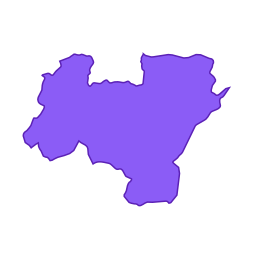 Karlovacka, orthographic projection, rotated 264°
{"feature_id": "HRV-1583", "entity_name": "Karlovacka", "entity_type": "County", "adm_level": 1, "iso_a3": "HRV", "parent_name": "Croatia", "parent_adm1": "", "projection": "orthographic", "projection_center": [15.498, 45.287], "detail": "fine", "context": "isolated", "style": "filled", "palette": "violet", "viewbox_px": 256, "rotation_deg": 264, "n_neighbors": 0, "source": "natural_earth", "source_scale": "10m", "svg_char_len": 3550}
<svg xmlns="http://www.w3.org/2000/svg" viewBox="0 0 256 256"><g transform="rotate(264 128 128)"><path d="M200.1,151.1L198.3,152.9L196.2,158.5L196.1,160.5L196.8,175.7L196.0,179.7L191.8,190.8L191.7,195.6L193.9,203.4L193.2,207.9L188.8,215.9L187.9,218.5L186.3,219.8L185.1,219.9L183.8,219.8L183.0,219.2L182.4,218.9L179.7,218.1L175.4,215.3L174.5,215.1L173.7,215.2L170.4,218.3L169.3,219.0L166.8,220.0L165.4,219.8L161.5,216.4L157.6,214.9L156.0,214.6L154.9,214.8L153.1,217.5L152.5,218.1L152.0,218.5L151.6,219.0L151.3,219.5L151.3,220.4L151.5,221.4L152.2,222.7L156.9,229.4L157.5,233.0L150.4,227.0L149.1,225.6L148.6,224.5L148.3,223.6L147.5,222.7L146.2,222.1L143.9,221.9L141.1,222.2L140.4,222.2L139.6,221.9L138.8,221.2L137.8,219.7L137.2,218.2L135.8,213.5L135.3,212.4L134.4,211.4L130.7,208.5L128.6,206.3L127.8,204.7L124.2,196.6L123.5,195.6L122.9,195.0L98.6,179.9L97.5,179.0L96.6,178.0L95.5,176.4L94.8,175.6L93.2,174.2L92.3,172.9L91.4,171.6L90.8,170.5L89.9,169.3L89.2,169.0L88.1,169.7L83.5,174.2L77.4,174.5L56.1,169.6L49.4,162.9L49.1,162.1L49.0,160.8L49.8,160.3L50.4,159.8L51.0,159.1L51.3,157.9L51.6,144.6L52.3,139.5L51.9,138.1L51.4,136.7L50.6,135.1L49.6,132.5L49.6,131.1L50.0,130.1L50.6,129.7L51.1,129.2L51.3,128.7L51.7,127.8L51.9,126.4L52.9,123.3L53.9,121.3L60.3,117.1L61.0,117.1L62.1,117.3L63.5,118.5L65.7,119.8L70.8,121.5L72.8,122.6L74.0,123.7L74.4,124.7L75.9,126.0L76.6,126.2L77.0,126.2L79.4,122.1L80.0,121.1L80.6,120.6L86.4,118.2L87.7,117.0L88.2,115.8L88.0,113.6L88.1,112.8L88.5,111.9L89.5,110.8L93.0,107.8L94.2,106.6L94.9,105.3L96.5,100.3L97.1,97.9L97.3,96.6L97.4,95.5L97.4,94.2L97.1,92.3L96.4,90.4L95.9,89.5L105.9,85.8L111.8,85.9L113.8,85.3L115.4,83.9L118.6,79.4L120.3,77.8L111.3,71.7L108.7,67.3L107.3,61.7L106.2,55.0L106.1,54.8L105.1,51.9L103.9,49.2L103.7,47.1L105.9,45.9L107.2,44.8L107.8,42.8L108.9,40.9L114.2,39.2L116.4,38.0L118.9,37.2L122.6,37.2L121.6,34.9L118.7,30.0L118.4,29.6L121.0,28.1L124.3,24.3L131.1,23.0L132.8,23.4L133.8,24.0L134.7,24.9L136.0,27.2L138.7,30.0L140.6,31.7L146.7,34.7L147.7,35.4L147.7,36.0L147.5,36.8L147.4,37.6L147.4,38.3L147.8,39.2L150.9,42.6L155.6,46.1L157.5,47.0L158.9,46.9L160.6,44.0L161.2,43.2L162.1,42.3L163.4,41.6L165.5,41.3L166.9,41.6L168.0,42.0L174.7,46.3L179.4,47.2L181.2,47.8L182.9,48.6L185.0,50.0L186.1,50.4L187.0,50.4L187.4,50.1L189.2,48.1L189.5,48.3L189.8,48.7L190.7,53.6L190.6,54.9L189.9,56.0L188.9,57.0L188.3,58.0L188.7,59.2L191.3,61.6L192.3,62.7L195.7,67.4L196.5,67.9L197.4,68.0L199.3,67.8L201.6,67.1L204.3,77.2L205.2,78.6L206.1,80.4L207.0,81.9L206.9,83.1L206.3,84.5L205.9,85.6L205.6,87.4L206.1,89.5L205.7,90.8L203.8,94.5L203.8,97.0L203.2,98.3L202.0,99.2L198.4,100.4L197.0,100.6L195.8,100.1L194.9,99.4L193.4,98.0L191.8,96.8L190.2,96.0L189.0,95.9L187.1,96.2L186.3,95.9L185.1,94.2L184.3,93.5L181.9,93.6L177.1,92.4L174.7,93.2L173.7,94.1L173.6,95.0L174.3,95.9L176.0,97.5L176.4,98.3L176.4,99.4L175.3,103.6L175.1,104.9L175.3,105.8L175.7,106.7L176.8,108.3L177.4,109.5L177.9,110.9L177.9,111.6L177.7,112.1L174.9,114.4L174.6,115.6L174.7,116.8L175.0,118.0L175.2,119.5L175.1,121.0L175.0,122.6L174.7,124.1L173.8,127.2L173.6,128.4L173.7,129.7L174.0,130.8L174.3,131.7L174.5,132.8L174.2,133.5L171.8,135.5L171.1,137.3L169.9,139.3L169.1,140.2L168.9,141.1L169.1,142.3L169.4,143.8L169.5,145.8L170.0,147.0L170.6,147.6L182.4,150.1L182.9,150.0L183.4,149.8L184.4,148.8L184.9,148.4L185.6,148.2L188.1,148.1L189.3,148.3L190.0,148.6L190.6,148.6L192.3,147.8L192.7,147.7L193.1,147.8L193.6,148.2L194.0,148.4L194.7,148.5L195.5,148.5L196.2,148.6L196.9,148.9L200.0,151.1L200.1,151.1Z" fill="#8b5cf6" stroke="#5b21b6" stroke-width="1.5"/></g></svg>